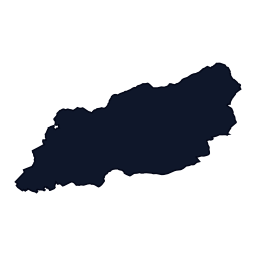 Eremitu, Mures, Romania (Equal Earth projection)
{"feature_id": "2599482B4577916371585", "entity_name": "Eremitu", "entity_type": "district", "adm_level": 2, "iso_a3": "ROU", "parent_name": "Romania", "parent_adm1": "Mures", "projection": "equal_earth", "projection_center": [24.922, 46.656], "detail": "fine", "context": "isolated", "style": "filled", "palette": "ink", "viewbox_px": 256, "rotation_deg": 0, "n_neighbors": 0, "source": "geoboundaries", "source_scale": "gbopen_adm2", "svg_char_len": 5742}
<svg xmlns="http://www.w3.org/2000/svg" viewBox="0 0 256 256"><path d="M87.6,183.8L89.6,183.5L90.7,183.7L92.0,184.2L92.4,183.8L93.3,184.1L95.0,184.7L98.4,186.7L98.8,186.6L98.8,186.2L99.4,186.3L99.8,186.2L100.6,185.2L100.9,185.2L101.4,184.8L101.5,184.6L102.1,184.0L103.6,181.9L104.1,181.3L104.2,180.3L103.6,179.9L103.6,178.8L103.5,177.9L104.2,177.3L104.1,176.2L104.8,175.6L104.9,175.0L105.1,174.6L107.0,173.5L108.2,171.6L110.4,171.0L111.0,170.1L112.7,169.2L115.4,168.8L116.1,168.8L116.8,168.8L117.5,168.6L119.1,169.5L122.3,170.2L124.0,171.8L124.4,173.1L126.5,174.3L129.9,175.7L130.6,175.4L134.0,173.2L137.1,173.0L139.7,172.4L141.1,172.9L143.4,172.9L144.2,172.6L146.5,172.5L151.7,173.0L153.2,173.5L155.1,173.4L156.8,173.4L161.6,174.4L163.8,174.3L167.8,173.4L174.5,170.5L176.4,170.0L180.6,169.5L181.4,169.2L183.4,168.1L186.2,165.8L189.0,165.4L191.3,164.5L193.0,164.6L194.1,164.4L196.6,162.3L197.1,162.1L199.5,161.5L196.3,157.5L196.3,156.9L197.2,157.0L200.3,156.1L200.9,155.8L203.9,155.9L206.0,155.4L207.9,154.8L208.9,154.1L209.3,153.2L209.2,151.5L208.7,149.5L209.0,147.6L208.8,146.8L207.7,144.9L207.6,144.1L207.2,142.6L206.8,141.8L206.7,140.7L206.8,140.4L209.4,139.6L209.9,139.7L210.7,139.9L212.1,139.5L212.5,139.3L212.8,139.0L212.9,138.8L212.7,138.6L212.7,138.2L211.9,137.1L216.5,135.9L219.6,134.5L221.3,134.6L225.2,134.5L226.0,134.6L227.2,135.0L227.3,134.8L228.1,134.3L228.8,134.2L227.7,133.7L227.8,133.6L227.7,132.8L228.4,131.7L229.5,129.6L230.4,128.6L230.6,127.8L230.6,127.4L230.7,127.1L231.0,126.8L231.4,126.5L236.0,122.6L236.1,122.3L235.9,121.4L235.6,121.1L235.2,120.5L235.0,119.8L234.6,117.0L232.6,113.2L233.0,112.3L232.7,111.3L231.6,108.8L230.9,108.3L230.8,108.0L229.5,107.4L227.1,105.6L227.7,104.3L230.1,104.0L230.0,103.1L230.6,101.0L231.5,99.4L232.3,97.7L232.7,97.6L233.1,96.9L234.9,94.6L235.2,94.2L235.6,92.8L237.1,91.7L238.7,90.4L240.6,89.2L240.4,88.9L240.5,88.7L240.4,88.3L240.2,88.0L239.4,88.0L239.2,87.8L239.3,87.4L239.8,87.0L239.8,86.8L239.7,86.3L240.3,85.5L240.3,85.0L240.0,84.7L239.7,84.4L239.1,84.1L238.2,83.9L237.8,83.6L237.2,82.5L236.9,82.2L236.4,81.8L235.3,80.7L234.8,80.4L234.2,79.8L234.0,79.6L233.1,79.6L232.4,78.5L231.9,77.9L230.6,75.8L230.5,75.2L230.4,75.0L230.4,73.7L230.0,73.2L229.9,72.5L230.0,71.4L228.1,67.7L226.2,67.1L224.9,65.1L219.9,63.4L216.4,63.5L215.2,64.9L214.0,65.6L213.5,66.3L211.5,67.1L211.1,68.2L207.4,66.6L206.3,67.2L205.1,68.1L203.1,68.9L202.1,69.7L201.6,70.4L200.8,70.9L199.4,72.2L197.4,73.0L196.0,73.7L193.6,74.1L191.8,74.8L190.3,75.7L187.5,77.6L184.2,78.7L183.3,79.1L182.0,80.0L181.4,80.9L180.6,81.8L178.3,83.5L176.5,83.9L175.9,84.3L175.0,84.8L173.9,84.8L173.5,84.6L172.6,84.6L171.8,84.1L170.3,83.9L169.5,84.0L169.0,85.0L168.3,85.4L168.0,86.2L164.2,87.4L161.3,87.1L157.6,88.0L153.1,88.0L151.9,86.9L149.4,84.5L147.8,83.4L145.3,83.9L143.1,83.9L142.4,84.0L141.8,84.6L140.5,85.1L140.0,85.3L139.5,85.6L138.6,85.7L137.5,86.1L136.3,87.3L135.6,87.9L134.7,87.7L134.2,87.7L132.8,88.3L130.4,89.9L129.7,90.1L126.6,91.5L125.1,91.6L124.5,92.0L124.0,92.5L123.1,92.7L120.6,93.6L119.7,94.0L118.1,95.0L117.6,95.1L116.1,94.7L115.6,94.7L114.9,94.7L114.2,94.8L113.0,95.4L111.8,96.5L111.6,96.7L111.5,97.4L111.4,97.6L110.8,98.6L109.6,100.4L109.4,100.9L109.3,102.3L109.1,102.8L108.3,103.6L107.9,105.1L107.7,105.5L106.0,107.5L104.4,108.4L104.0,108.4L103.0,108.3L101.7,107.9L100.4,108.3L100.5,108.6L100.4,108.7L99.7,108.5L99.0,108.6L97.0,108.9L96.3,109.4L95.7,110.1L95.4,110.1L95.2,110.0L94.8,110.0L94.1,110.4L92.8,111.7L92.2,112.6L91.8,112.9L91.1,112.7L90.1,112.2L88.5,111.8L85.7,110.0L84.6,109.2L82.7,108.0L81.3,108.4L79.8,108.5L77.4,107.7L75.8,109.0L74.7,109.7L73.4,110.5L72.4,110.4L71.3,110.0L69.0,109.6L67.9,109.2L67.4,109.3L65.5,109.9L64.7,109.7L63.9,109.2L63.2,109.2L62.6,109.4L61.6,109.9L60.9,110.4L60.1,110.6L59.6,110.9L59.1,111.5L57.8,112.8L57.1,113.5L57.1,113.9L57.2,114.5L56.9,115.5L56.6,116.0L54.2,118.7L54.0,119.1L54.4,120.0L55.1,119.6L55.2,119.8L55.3,121.7L55.5,122.5L55.5,123.2L55.0,124.5L55.3,124.9L56.5,125.1L58.6,124.7L58.7,126.7L59.2,127.8L57.3,128.3L57.0,128.2L56.8,128.7L56.0,129.3L55.7,129.5L55.4,129.4L53.9,128.6L53.6,128.1L53.7,127.0L53.8,126.5L54.1,126.1L53.8,125.7L53.0,125.9L53.0,126.0L52.8,126.4L51.8,126.4L51.8,126.5L51.4,126.7L50.7,126.7L50.2,127.2L49.7,127.3L49.6,127.5L49.4,127.7L48.7,127.7L48.3,127.9L48.3,128.2L48.4,128.6L48.3,128.9L47.8,129.5L47.5,130.5L47.0,131.2L46.9,131.6L46.9,132.0L46.1,133.4L45.9,133.8L45.5,134.1L45.4,134.6L45.6,135.0L45.6,137.4L46.2,138.8L46.1,139.2L45.8,139.5L45.8,140.1L43.1,140.0L42.8,141.1L43.2,142.7L44.3,144.5L38.5,147.7L32.5,150.8L32.8,152.4L33.4,153.2L33.8,154.1L33.8,154.9L34.1,156.2L34.9,157.4L35.0,158.2L34.8,158.4L34.4,159.8L34.6,160.3L34.9,161.1L34.9,161.5L34.2,162.4L34.0,163.3L32.8,165.7L32.6,165.6L32.1,166.9L31.5,166.8L23.6,169.9L24.5,172.3L15.4,181.9L17.7,183.8L16.4,185.5L17.9,187.4L22.4,190.6L22.8,190.5L23.7,189.6L25.1,190.8L25.2,190.5L25.1,190.0L25.3,189.9L26.1,190.3L26.3,190.3L26.7,190.1L27.2,189.6L27.5,188.9L27.7,188.7L28.1,189.0L28.7,189.2L29.6,189.6L30.7,190.3L32.2,191.0L32.8,191.2L35.1,191.7L35.7,192.0L36.0,192.3L36.5,192.6L37.5,191.6L37.2,191.2L36.9,189.7L37.2,189.5L38.3,189.5L39.1,189.8L39.8,189.7L42.5,189.8L43.0,190.0L43.5,190.4L44.6,190.5L44.8,190.3L45.0,189.8L43.9,189.0L43.7,188.8L43.7,188.6L43.9,188.0L44.6,186.9L45.0,187.1L45.9,186.7L46.0,186.7L46.7,187.9L46.8,187.9L47.1,187.4L47.3,187.3L47.5,187.4L48.2,188.6L48.8,188.7L49.1,188.9L49.7,189.8L49.7,190.2L50.2,190.2L53.9,188.6L54.3,188.3L55.0,187.4L54.6,186.3L54.6,185.4L55.0,184.9L55.0,184.5L55.4,183.4L55.7,183.2L56.0,182.0L57.7,184.1L59.8,183.5L60.5,183.8L62.7,185.8L63.9,185.4L70.7,182.0L72.2,181.7L73.1,182.2L74.2,182.7L76.3,185.1L77.6,185.0L78.7,185.1L79.8,185.1L80.2,184.6L80.3,184.6L83.6,185.0L87.6,183.8Z" fill="#0f172a" stroke="#020617" stroke-width="1.5"/></svg>